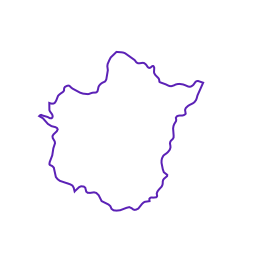 Eure-et-Loir, Albers equal-area conic projection, rotated 51°
{"feature_id": "FRA-5291", "entity_name": "Eure-et-Loir", "entity_type": "Metropolitan department", "adm_level": 1, "iso_a3": "FRA", "parent_name": "France", "parent_adm1": "", "projection": "albers", "projection_center": [1.329, 48.445], "detail": "fine", "context": "isolated", "style": "outline", "palette": "violet", "viewbox_px": 256, "rotation_deg": 51, "n_neighbors": 0, "source": "natural_earth", "source_scale": "10m", "svg_char_len": 2903}
<svg xmlns="http://www.w3.org/2000/svg" viewBox="0 0 256 256"><g transform="rotate(51 128 128)"><path d="M107.4,212.0L106.6,211.8L105.2,210.3L101.6,204.1L96.8,198.8L93.9,194.3L92.3,193.4L88.4,192.8L86.8,191.8L86.1,190.0L85.7,185.3L84.8,183.5L83.3,183.2L81.6,183.9L78.4,186.3L74.4,187.7L66.9,188.0L62.9,189.5L62.8,188.0L63.2,187.2L64.6,186.5L68.9,183.5L71.2,182.6L72.3,181.3L72.3,180.3L71.6,179.3L70.6,178.7L69.5,178.4L65.9,178.2L64.6,177.8L59.0,173.4L60.3,172.6L61.2,171.8L62.0,170.7L62.4,169.4L61.9,167.5L61.2,166.0L59.2,162.5L59.0,162.1L58.9,161.6L58.8,160.3L58.8,158.8L59.0,156.6L59.0,155.2L58.5,154.0L57.6,153.3L56.8,152.4L56.4,151.1L56.8,149.1L57.4,147.8L58.0,147.2L58.9,146.9L60.9,146.7L62.5,146.3L70.4,143.0L73.0,141.3L76.3,138.0L76.9,137.1L77.7,134.7L78.2,133.5L78.9,132.4L79.8,131.3L80.4,130.1L80.3,128.7L79.0,126.9L78.0,125.7L77.3,124.7L76.9,123.6L76.6,122.0L76.6,120.7L76.7,119.5L77.0,118.3L77.1,118.0L77.2,117.5L77.4,116.6L77.1,115.5L76.5,114.2L70.4,107.3L67.0,105.2L65.5,103.6L63.5,99.8L62.3,97.0L61.6,89.1L65.4,85.1L66.7,84.0L68.2,83.2L79.3,80.1L80.5,80.1L81.7,80.2L82.9,80.0L84.1,79.4L85.1,78.1L85.8,76.9L86.5,75.7L87.5,74.7L89.2,74.2L90.5,74.1L92.9,74.3L93.1,74.3L93.5,74.2L94.2,74.0L95.0,73.3L95.2,72.3L95.2,70.1L95.7,69.4L96.3,69.3L97.7,69.7L100.9,72.6L101.9,73.1L103.1,73.3L104.3,73.4L108.4,73.0L109.6,73.2L110.6,73.7L111.7,74.4L111.9,74.5L112.4,74.4L113.0,74.1L117.8,71.2L120.6,69.9L121.8,69.1L122.9,67.8L123.8,65.4L124.2,63.6L125.0,61.9L126.2,60.2L128.8,57.8L130.8,56.6L133.5,55.2L134.5,54.4L135.3,53.2L135.6,51.4L135.6,50.1L134.6,46.3L134.9,45.0L135.5,44.0L140.1,41.1L146.4,53.5L148.2,56.0L149.1,57.6L149.7,60.0L149.7,61.6L149.4,63.2L148.8,65.8L148.7,66.9L148.6,67.8L148.7,68.5L148.8,70.3L149.2,71.2L149.9,72.3L153.2,74.2L153.3,74.6L153.3,75.2L153.1,76.6L152.5,77.9L150.7,80.2L150.1,81.3L149.7,82.5L149.9,83.5L150.2,84.4L152.0,85.4L152.9,86.4L154.0,89.5L155.0,91.3L156.7,93.2L162.6,97.3L164.1,98.6L164.7,100.1L164.9,102.7L165.4,103.9L166.4,105.1L168.6,106.3L169.9,107.3L171.1,109.1L171.5,110.6L171.8,112.0L171.9,113.2L171.9,114.3L171.7,116.8L171.8,118.0L171.9,118.3L173.0,120.7L174.3,122.3L176.2,123.9L181.9,126.9L184.9,128.0L189.1,127.0L190.0,127.9L190.1,132.0L190.5,133.4L191.6,134.8L192.7,135.7L193.8,136.9L194.7,138.7L195.3,142.8L195.9,145.1L197.0,146.9L199.1,148.1L199.5,148.7L199.6,149.7L198.0,152.2L197.0,153.2L196.4,154.1L196.3,155.2L196.5,156.0L198.4,157.3L196.0,161.3L195.7,162.7L195.8,164.8L197.1,170.7L196.5,173.2L195.6,174.6L194.3,175.3L192.7,175.6L190.3,176.8L189.1,179.4L187.0,185.8L185.0,188.9L182.9,191.0L180.5,191.7L177.6,190.9L175.2,191.3L168.2,194.5L161.8,193.1L158.5,193.5L156.6,194.9L154.7,198.1L153.0,200.1L151.2,200.5L147.5,198.8L145.7,199.2L143.8,201.1L143.2,203.1L143.6,208.8L143.7,209.4L140.3,207.8L137.8,207.4L135.5,208.3L126.2,214.2L123.5,214.9L120.7,214.9L112.1,210.6L110.0,210.8L107.4,212.0Z" fill="none" stroke="#5b21b6" stroke-width="2"/></g></svg>